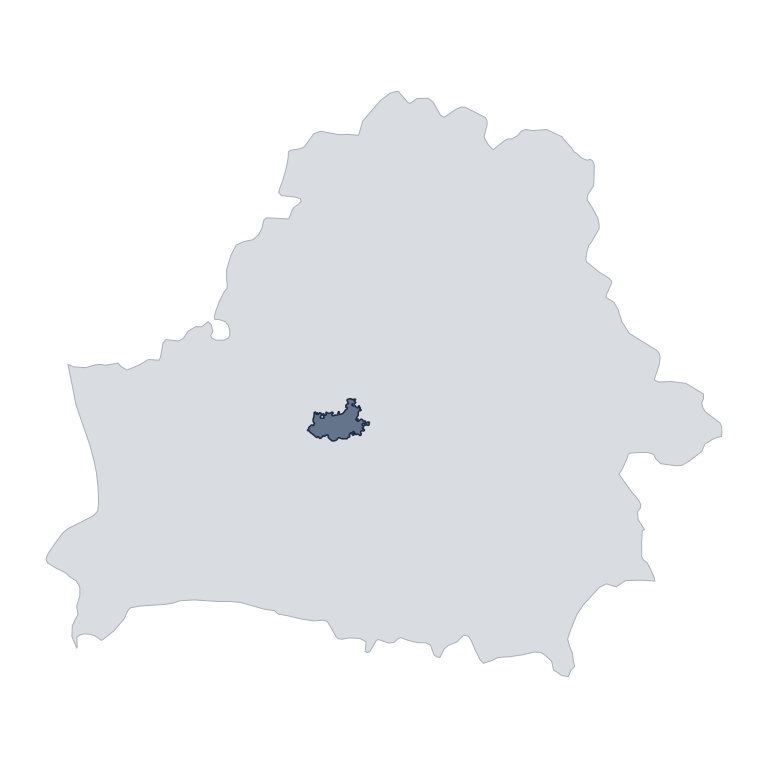 Uzda, Minsk, Belarus shown in context
{"feature_id": "67162791B57084664446232", "entity_name": "Uzda", "entity_type": "district", "adm_level": 2, "iso_a3": "BLR", "parent_name": "Belarus", "parent_adm1": "Minsk", "projection": "mercator", "projection_center": [27.363, 53.476], "detail": "fine", "context": "in_parent", "style": "filled", "palette": "slate", "viewbox_px": 768, "rotation_deg": 0, "n_neighbors": 0, "source": "geoboundaries", "source_scale": "gbopen_adm2", "svg_char_len": 9703}
<svg xmlns="http://www.w3.org/2000/svg" viewBox="0 0 768 768"><path d="M654.8,581.1L641.4,580.2L625.2,580.6L616.1,586.9L606.3,583.8L599.3,587.4L583.4,604.8L577.1,614.1L571.2,628.4L567.6,639.0L569.6,646.4L572.5,653.2L573.2,660.6L574.7,666.4L570.7,670.6L568.4,676.6L561.7,675.6L553.5,669.8L551.7,661.4L545.4,655.5L541.2,652.5L534.3,652.0L523.4,654.7L509.0,656.8L498.1,657.4L492.2,660.4L483.5,663.3L480.1,659.8L475.3,650.3L471.3,640.8L468.6,636.6L466.2,635.4L463.2,635.6L459.9,638.7L457.4,641.8L448.3,645.4L444.3,648.8L439.9,657.5L437.0,656.9L434.0,654.9L430.5,645.1L425.8,642.8L418.2,642.7L408.7,640.6L401.1,637.7L398.3,638.4L393.8,642.5L388.8,643.1L378.0,639.4L375.9,641.1L369.7,651.9L366.8,652.5L365.2,651.1L366.1,641.7L359.8,638.4L349.2,637.9L341.8,639.2L338.2,638.8L336.3,637.0L327.2,621.2L322.4,620.2L313.8,620.9L301.1,619.0L286.5,615.5L278.4,614.1L274.3,610.6L265.2,609.4L241.0,602.6L231.1,601.5L216.6,601.4L194.4,599.9L180.2,600.7L173.6,602.9L166.0,604.3L139.6,606.1L130.2,607.9L127.5,611.3L124.4,618.6L113.5,631.2L103.0,639.5L101.1,640.3L94.9,635.8L89.8,634.3L83.8,633.8L79.5,635.3L76.8,637.3L77.2,647.1L76.6,647.9L71.9,636.4L72.3,626.0L74.9,620.0L78.0,614.6L76.7,606.5L79.8,595.8L79.9,588.0L78.6,584.7L76.1,580.8L69.2,576.5L66.2,573.1L56.9,568.6L47.6,563.0L46.1,559.6L46.5,557.2L48.1,553.7L55.2,543.1L62.8,532.9L67.7,528.8L93.5,515.7L97.6,511.1L98.6,503.2L98.1,487.5L96.5,473.0L94.6,463.0L89.6,444.3L76.1,405.2L68.0,364.4L73.3,366.8L85.7,367.7L95.5,364.8L100.6,364.5L105.2,365.3L118.1,363.1L121.3,366.7L127.1,370.0L138.5,365.3L148.5,359.5L159.0,360.2L160.5,357.3L163.1,342.7L166.2,339.6L178.7,341.0L183.3,338.4L188.1,331.2L195.5,326.7L201.7,326.7L208.1,321.7L211.3,325.0L212.8,331.1L210.7,335.9L211.6,337.8L216.0,340.2L223.7,340.1L228.5,338.1L229.7,335.4L229.7,330.4L228.5,325.7L225.2,321.6L219.2,319.6L214.9,319.5L214.2,316.9L215.7,311.4L219.4,301.3L224.0,292.1L226.8,288.6L227.3,285.4L226.7,279.8L226.6,269.8L230.8,255.6L236.3,245.0L243.8,241.6L252.9,239.7L258.7,234.6L261.6,228.8L264.1,219.6L267.0,217.8L288.9,218.9L292.3,209.7L294.1,207.2L298.4,204.4L301.3,201.2L300.2,198.6L294.6,197.0L281.4,195.6L278.7,192.5L279.6,188.9L283.1,179.3L286.5,167.0L288.2,157.5L288.4,151.8L290.3,150.3L301.0,148.5L304.6,146.6L313.9,133.5L320.9,131.3L339.1,134.7L347.5,134.4L358.1,135.3L359.0,134.0L362.7,121.1L380.7,100.2L390.3,93.0L396.4,91.4L398.5,91.7L408.2,102.8L410.5,103.2L416.9,98.6L428.0,98.2L433.2,102.1L440.6,115.5L444.4,117.2L455.2,109.6L461.2,107.1L465.1,107.2L485.5,117.6L487.0,121.0L487.1,124.9L484.0,137.1L488.2,144.6L493.1,149.7L503.6,141.3L507.5,139.0L511.7,138.9L517.3,135.8L521.4,131.1L525.4,129.5L532.8,130.6L546.4,129.5L562.2,136.8L563.5,139.1L571.4,147.7L574.2,152.0L576.8,153.4L581.0,157.6L586.6,160.2L590.5,159.4L592.4,160.8L594.1,164.1L594.2,169.7L593.7,185.7L588.0,194.1L587.3,197.0L587.5,200.5L592.0,207.3L597.8,218.0L599.1,224.2L599.1,228.8L591.3,242.4L588.6,245.5L586.8,252.2L585.9,258.9L586.4,261.7L599.6,272.5L609.3,278.3L611.5,281.1L611.7,282.9L606.5,294.4L606.0,297.4L613.8,302.2L618.1,309.6L621.9,321.8L629.3,333.4L656.8,350.4L659.2,353.4L660.1,357.0L659.2,364.9L654.2,379.9L658.9,382.1L671.0,381.5L685.8,383.4L703.5,394.0L703.5,398.7L701.7,403.0L702.9,407.6L704.9,411.4L720.2,423.2L721.7,426.6L721.9,432.3L721.5,436.5L717.3,437.4L712.5,439.3L704.8,444.3L701.8,451.4L689.3,461.1L681.6,465.5L675.5,465.7L660.9,463.7L655.8,458.9L653.7,454.5L648.1,452.5L640.6,452.4L630.3,453.1L628.2,454.4L626.5,459.9L622.2,469.1L619.0,474.3L632.1,492.5L638.6,500.0L640.7,504.5L640.6,507.8L637.5,511.6L638.0,519.3L644.4,529.4L642.2,531.0L641.6,543.4L641.6,556.6L643.3,559.8L646.8,562.4L649.6,567.2L654.5,578.2L654.8,581.1Z" fill="#d9dde1" stroke="#a8b0b8" stroke-width="1"/><path d="M314.0,412.9L314.2,413.6L314.1,414.5L313.9,416.6L313.9,417.1L313.6,417.6L313.3,418.3L313.1,419.3L313.1,420.4L313.1,421.2L313.3,421.9L313.8,422.4L314.2,422.9L314.5,423.3L314.2,423.8L313.9,424.2L313.9,424.6L314.0,425.2L313.5,425.5L312.9,425.4L312.5,425.1L312.0,425.0L311.4,425.0L310.9,425.3L310.6,425.7L310.5,426.0L310.1,426.4L309.4,426.8L308.8,427.4L308.7,428.0L308.7,428.4L308.5,429.1L308.3,429.4L307.9,429.7L307.6,429.9L307.5,430.3L307.8,430.7L309.0,430.9L309.4,431.1L309.6,431.5L309.8,432.0L310.2,432.4L310.7,432.8L311.2,433.1L314.2,435.5L314.8,436.0L315.8,436.9L316.2,437.2L316.7,437.5L317.1,437.4L317.3,437.2L317.5,436.8L317.8,436.7L318.1,436.7L318.4,436.8L318.6,437.1L318.9,437.4L319.1,437.7L319.4,438.1L319.7,438.3L319.9,438.4L320.2,438.4L321.2,438.0L321.5,437.7L321.8,437.5L322.0,437.2L322.2,436.7L322.5,436.3L322.7,436.1L322.9,435.9L323.3,435.9L323.6,436.0L324.0,436.3L324.5,436.4L324.8,436.4L325.0,436.1L325.1,435.9L325.3,435.5L325.7,435.3L326.3,435.3L326.6,435.2L326.9,434.9L327.5,434.7L327.8,434.8L328.1,435.1L328.1,435.8L328.1,436.2L328.1,436.9L328.2,437.4L328.5,437.8L328.9,438.2L330.1,439.3L331.1,440.1L332.1,440.9L333.1,441.0L333.7,441.0L334.2,440.8L334.7,440.6L335.4,440.5L335.9,440.3L337.0,439.7L337.4,439.1L337.8,438.6L338.0,438.2L338.3,437.8L338.8,437.6L339.2,437.6L340.0,438.0L340.4,438.3L341.4,438.7L343.5,438.8L345.0,438.8L346.4,438.7L347.0,438.8L347.3,438.2L347.7,437.7L348.2,437.5L349.5,437.0L349.7,436.7L349.8,436.3L349.8,436.0L349.6,435.6L349.4,435.4L349.3,435.0L349.4,434.7L349.9,434.4L350.1,434.1L350.2,433.5L350.3,433.0L350.6,432.8L351.4,432.8L351.7,433.1L351.9,433.5L351.9,434.0L352.2,434.6L352.6,435.1L353.3,435.2L353.6,435.2L353.9,435.0L354.1,434.6L354.0,434.1L353.9,433.8L353.5,433.1L353.2,432.8L352.9,432.4L352.8,431.9L353.2,431.6L353.5,431.5L354.0,431.7L354.6,432.5L354.8,432.9L355.0,433.3L355.4,433.7L355.5,434.1L355.9,434.5L356.4,434.5L356.7,434.4L357.0,434.2L357.5,434.0L357.9,434.2L359.0,434.7L359.4,435.0L359.8,435.5L360.6,435.4L360.9,435.1L361.2,434.6L361.3,434.1L361.2,433.6L361.0,433.2L360.8,432.6L360.8,432.0L360.8,431.5L361.1,431.0L361.5,430.8L362.2,430.9L362.7,431.0L363.1,431.0L363.7,430.9L364.0,430.8L364.4,430.4L364.5,430.0L364.3,429.6L364.0,429.4L362.5,428.8L362.3,428.5L362.2,428.0L362.5,427.8L363.0,427.8L363.4,427.6L363.5,427.2L363.6,426.8L363.6,426.4L363.5,426.0L363.2,425.8L362.9,425.6L362.5,425.4L362.2,425.0L362.1,424.7L362.1,424.3L362.7,423.7L363.2,423.5L363.5,423.4L364.1,423.5L364.4,423.6L364.5,424.2L364.4,424.5L364.4,424.9L364.5,425.2L365.0,425.3L365.5,425.2L366.0,425.0L366.4,425.0L367.0,425.0L367.7,425.3L368.2,425.4L368.7,425.2L368.9,425.0L369.1,424.4L369.1,423.9L369.1,423.4L369.2,423.0L369.4,422.8L369.3,422.2L369.0,422.0L368.5,422.0L367.9,422.0L367.4,422.1L367.1,422.2L366.8,422.5L366.7,422.7L366.5,422.9L366.2,423.2L365.7,423.1L365.3,422.7L365.3,422.3L365.4,421.5L365.2,421.0L364.7,420.9L364.2,421.0L363.9,421.2L363.6,421.2L363.1,421.0L362.9,420.7L362.8,420.2L362.6,419.8L362.3,419.5L361.6,419.2L361.1,419.2L360.6,419.4L360.3,419.6L359.8,420.0L359.4,420.4L359.0,420.8L358.6,421.1L358.1,421.4L357.7,421.4L357.3,421.1L357.3,420.8L357.6,420.3L357.9,420.0L358.0,419.4L358.0,419.1L357.7,419.1L357.4,419.1L356.8,419.5L356.6,419.7L356.3,419.9L356.1,419.9L355.9,419.6L355.9,419.3L356.1,418.9L356.3,418.6L356.6,417.9L357.1,417.0L357.7,416.1L358.1,415.7L358.2,415.0L358.2,414.2L358.2,413.1L358.3,412.6L358.5,411.7L359.2,411.0L359.7,410.8L360.1,410.8L360.7,410.6L361.0,410.4L361.1,409.9L360.9,409.6L360.4,409.4L360.1,409.3L359.5,409.1L359.5,408.9L360.3,408.3L360.3,408.1L360.3,407.8L360.2,407.6L359.9,407.5L359.6,407.5L359.4,407.4L359.4,407.1L359.5,406.6L359.5,406.3L359.4,406.1L359.3,405.9L359.0,405.9L358.5,406.0L358.2,406.3L358.1,406.6L358.1,406.8L358.0,407.1L357.9,407.4L357.9,407.6L357.6,407.8L357.4,407.9L357.1,407.9L356.6,407.6L356.2,407.2L355.9,406.8L355.6,406.5L355.5,406.1L355.3,405.8L354.9,405.6L354.4,405.6L353.8,405.9L353.5,406.0L353.1,405.9L352.6,405.7L352.2,405.4L352.0,405.0L352.0,404.2L352.3,403.9L352.7,403.8L352.9,403.8L353.1,404.0L353.9,404.1L354.2,404.0L354.7,403.8L354.9,403.6L355.4,402.9L355.7,402.6L355.5,402.1L355.3,401.8L354.8,401.5L354.3,401.3L354.1,401.0L354.1,400.5L354.5,400.2L355.0,400.2L355.3,400.0L355.6,399.8L355.6,399.5L355.3,399.2L354.7,399.0L353.4,399.5L352.2,399.4L351.8,399.3L351.7,399.0L351.3,399.0L350.8,398.8L349.6,398.7L348.9,398.9L348.0,399.2L347.6,399.6L347.1,399.8L347.0,400.5L347.2,400.9L347.5,401.4L347.7,401.9L347.7,402.3L348.0,402.6L348.3,403.2L348.3,403.7L348.2,403.9L347.8,404.0L347.3,404.1L346.9,404.2L346.5,404.5L346.1,405.0L345.8,405.5L345.8,405.9L345.9,406.5L345.9,406.9L346.0,407.4L346.4,407.5L346.9,407.4L347.1,407.5L347.3,407.9L347.3,408.2L347.1,408.7L346.9,409.1L346.1,409.5L345.7,409.8L345.3,410.3L344.9,410.8L344.5,411.5L343.9,412.3L343.5,412.7L342.8,413.3L341.8,413.9L341.0,414.2L340.2,414.4L339.9,414.4L339.5,414.3L339.2,413.9L339.1,413.1L339.1,412.5L339.2,412.0L338.9,411.6L338.5,411.7L338.1,412.3L338.0,412.8L337.9,413.6L337.8,414.7L337.5,414.8L336.6,415.1L335.7,415.1L335.2,414.9L334.4,415.2L334.1,415.4L333.6,415.8L333.1,416.0L332.9,415.8L332.3,415.5L331.9,415.1L331.8,414.7L332.1,414.1L332.4,413.9L332.8,413.7L333.1,413.2L333.1,412.8L332.8,412.4L332.4,412.2L331.9,412.2L331.4,412.3L331.0,412.7L330.5,413.1L330.0,413.2L329.5,413.2L328.6,413.2L328.0,413.2L327.4,412.9L327.1,412.6L326.6,412.3L326.2,412.3L325.9,412.8L325.9,413.3L325.9,413.9L326.3,414.4L326.2,414.8L325.8,415.2L325.5,415.4L324.9,415.4L324.5,415.2L324.1,414.6L324.1,414.3L323.6,413.8L323.1,413.8L322.7,414.1L322.7,414.6L322.9,415.3L323.9,416.9L324.0,417.8L323.6,418.1L322.8,418.2L322.1,418.3L321.0,418.1L320.4,417.9L320.3,417.5L320.4,416.7L321.2,415.6L321.3,415.1L321.4,414.4L321.2,413.7L321.0,413.2L320.0,412.7L319.6,412.7L319.4,413.2L318.9,413.8L318.4,414.3L318.1,414.1L317.9,413.6L317.6,413.0L317.2,412.8L317.0,413.0L317.0,413.8L317.0,414.3L316.5,414.5L316.0,413.9L315.9,413.3L315.8,412.6L315.5,412.1L315.2,412.0L314.8,412.2L314.5,412.5L314.1,412.8L314.0,412.9Z" fill="#64748b" stroke="#1e293b" stroke-width="1.5"/></svg>